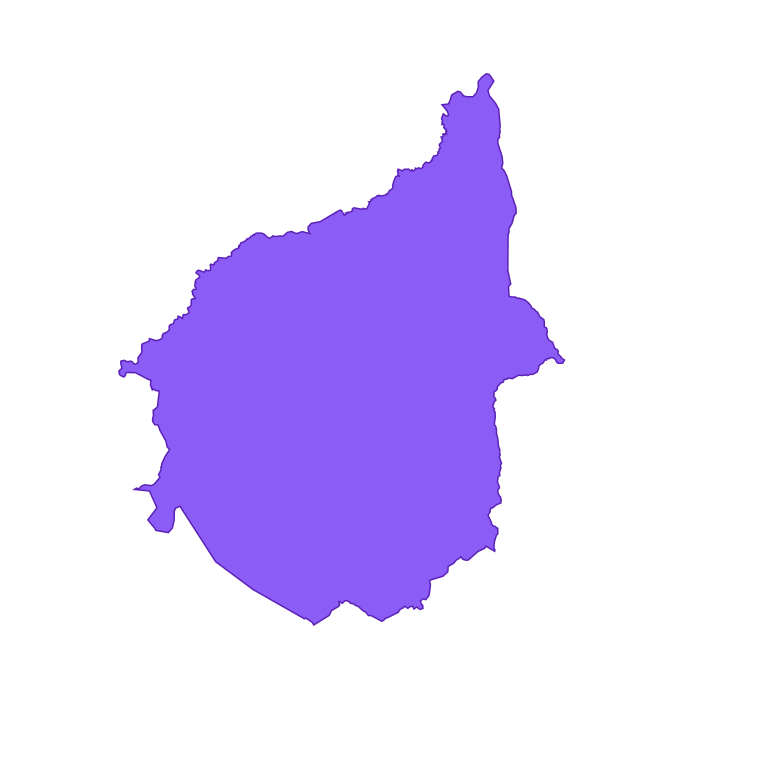 Nkoranza South, Brong Ahafo, Ghana, rotated 323°
{"feature_id": "2480657B38880944597072", "entity_name": "Nkoranza South", "entity_type": "district", "adm_level": 2, "iso_a3": "GHA", "parent_name": "Ghana", "parent_adm1": "Brong Ahafo", "projection": "natural_earth1", "projection_center": [-1.641, 7.453], "detail": "fine", "context": "isolated", "style": "filled", "palette": "violet", "viewbox_px": 768, "rotation_deg": 323, "n_neighbors": 0, "source": "geoboundaries", "source_scale": "gbopen_adm2", "svg_char_len": 6171}
<svg xmlns="http://www.w3.org/2000/svg" viewBox="0 0 768 768"><g transform="rotate(323 384 384)"><path d="M224.0,206.6L222.1,208.4L214.9,206.5L213.8,207.2L209.6,213.0L203.2,215.0L200.9,218.8L197.5,218.7L196.6,217.8L196.1,214.2L195.3,213.2L192.5,211.8L190.6,208.6L187.7,207.4L186.4,208.6L184.2,213.7L180.1,214.0L179.9,215.5L178.9,215.9L178.6,218.3L180.4,221.9L182.0,221.7L185.2,219.7L192.3,225.4L198.6,238.7L200.1,240.7L196.9,244.2L195.4,249.2L196.5,248.9L197.8,251.9L200.3,254.4L189.2,266.0L183.7,266.2L180.9,270.5L178.3,272.4L176.7,274.8L176.4,278.5L178.9,280.8L177.2,286.1L175.4,298.5L173.0,303.8L173.3,307.4L165.7,310.1L158.6,313.9L156.5,316.1L155.8,316.1L154.3,318.3L149.3,320.8L149.0,323.7L140.0,325.7L137.0,325.1L132.1,320.4L128.7,319.6L125.0,320.2L123.8,318.2L121.2,318.0L132.3,328.3L128.2,346.2L113.6,350.4L114.1,361.0L113.7,363.6L122.3,372.9L128.4,371.6L134.5,366.4L139.9,359.5L142.8,357.7L147.5,358.9L142.6,424.6L155.8,469.6L179.2,523.7L180.5,523.7L180.8,524.3L183.2,530.9L182.9,534.2L201.0,535.8L205.6,533.4L213.9,534.3L215.7,533.8L216.2,532.0L217.3,530.7L218.7,534.1L222.3,533.6L223.5,534.3L225.3,537.1L225.1,538.5L227.7,541.8L227.8,543.4L229.6,546.2L230.6,551.7L232.1,555.5L232.2,559.4L234.6,561.6L239.4,572.1L241.3,572.5L245.1,572.0L245.8,572.7L257.9,574.9L261.2,573.7L265.0,574.4L266.2,574.0L267.1,574.6L268.0,577.5L270.7,577.5L273.2,578.7L272.5,581.7L275.8,581.8L277.1,585.7L280.0,586.7L281.8,583.9L281.2,582.7L282.5,579.1L286.0,579.2L287.6,581.4L292.7,580.0L299.3,573.4L300.7,571.6L301.6,568.8L303.8,568.7L315.5,573.0L321.9,572.4L325.4,568.3L332.0,569.1L335.6,568.1L339.5,568.5L341.4,568.1L341.5,571.5L343.6,574.3L345.4,575.3L358.1,574.3L365.6,575.8L367.9,575.0L371.7,584.2L372.6,583.4L373.5,580.5L377.2,576.5L382.6,572.5L384.8,572.1L388.0,567.6L387.2,567.0L387.3,565.3L385.5,562.3L385.5,561.2L386.5,559.0L387.9,551.9L388.7,551.0L391.1,550.3L394.3,547.5L396.3,548.3L400.8,548.1L405.9,549.3L406.5,548.1L407.5,547.6L409.1,544.2L408.8,542.4L409.8,539.2L410.8,537.3L413.6,536.4L414.3,535.6L415.5,530.7L419.2,526.8L421.6,526.7L422.7,524.4L426.9,521.4L427.8,519.0L430.1,518.1L432.1,511.9L434.1,510.6L435.0,508.3L436.8,506.4L438.0,502.7L442.5,495.2L443.7,491.8L446.3,488.1L447.8,485.0L447.7,482.7L452.8,477.5L455.8,473.3L456.2,470.7L457.3,470.3L457.2,467.6L461.4,464.5L463.6,464.3L464.3,462.5L464.0,460.3L467.3,456.4L469.3,456.7L471.3,456.3L472.8,454.5L477.9,453.5L480.6,454.2L482.4,452.8L483.2,452.9L484.5,453.9L486.8,454.2L489.9,457.0L497.0,458.0L499.0,460.1L503.1,462.4L503.7,463.6L506.8,464.4L508.5,465.8L513.5,466.6L517.0,464.5L518.4,462.8L521.7,462.5L523.1,463.0L527.3,461.6L528.2,462.7L529.5,461.9L531.0,463.0L533.5,463.6L534.9,465.0L535.7,467.4L535.0,470.8L535.8,472.5L539.3,474.9L542.6,473.5L541.4,470.4L541.7,469.1L541.1,464.5L542.9,462.6L543.1,461.4L541.9,458.1L543.7,452.1L542.3,448.8L542.3,446.1L544.2,441.4L545.3,441.3L547.1,438.3L547.5,436.9L546.4,434.7L548.9,431.7L550.4,428.8L548.9,423.9L549.9,418.8L549.0,417.1L549.1,415.2L547.9,412.3L548.4,409.0L548.1,405.4L547.0,401.5L543.3,396.5L542.4,396.5L541.3,393.7L537.7,390.8L536.8,388.9L542.1,381.1L545.4,380.4L551.3,367.7L572.5,340.0L575.6,337.6L577.0,335.3L583.0,332.7L589.3,327.8L592.3,327.2L595.7,322.3L599.6,309.8L601.6,307.1L607.2,291.8L608.3,286.3L608.0,282.1L611.7,279.2L615.2,273.4L619.6,260.8L620.9,258.5L622.7,256.9L624.6,256.7L626.3,254.1L628.4,252.7L629.8,250.0L631.9,248.1L641.0,233.5L642.0,227.0L641.6,217.3L643.6,212.2L654.0,208.2L654.4,200.3L652.6,197.9L646.9,197.8L641.2,199.2L637.7,204.0L632.9,207.2L627.8,208.1L623.0,204.3L621.0,202.0L620.7,196.7L619.2,194.7L612.0,193.9L607.2,197.5L603.9,199.1L598.4,195.9L598.7,203.3L598.0,207.1L596.8,208.3L595.1,207.6L593.9,203.9L589.7,206.7L589.1,208.9L587.4,210.3L587.7,211.3L586.5,211.7L587.7,212.6L587.7,213.8L585.9,215.3L586.5,216.2L586.1,217.4L586.9,217.8L586.2,219.8L585.4,219.4L584.7,221.8L584.0,220.9L582.7,221.6L582.5,220.3L581.3,219.9L581.4,220.8L579.7,222.0L578.3,221.1L576.9,225.4L572.5,225.9L571.8,226.7L571.3,229.1L570.8,229.6L569.9,229.2L567.3,231.7L566.5,231.2L566.1,232.3L563.5,233.3L561.0,231.8L558.0,233.1L557.5,234.3L556.2,233.8L555.2,234.7L552.6,234.3L551.3,232.3L550.1,232.0L546.6,232.9L545.3,234.4L544.4,234.4L543.0,234.2L541.9,232.3L540.0,231.9L539.0,230.5L537.4,231.8L535.2,231.2L535.5,230.3L535.0,229.6L534.0,230.1L533.3,229.3L533.0,227.2L529.3,224.7L526.9,224.8L524.6,220.9L522.7,222.3L522.6,223.6L521.3,224.8L521.1,227.1L520.3,226.1L518.3,225.4L514.1,227.8L511.2,230.0L509.3,232.3L507.5,233.1L504.8,232.8L501.5,234.3L500.2,233.6L499.6,234.4L495.3,232.3L493.9,231.3L493.7,230.3L492.9,230.7L491.8,229.5L489.5,229.8L486.3,228.9L485.3,229.5L484.5,229.0L482.7,230.4L481.5,229.4L481.4,230.4L480.1,231.5L475.6,233.7L473.9,232.5L473.1,231.1L471.8,231.4L465.9,225.1L464.1,225.1L462.9,226.6L459.8,226.3L458.1,224.7L457.0,225.4L456.1,224.4L455.8,225.5L453.8,225.2L454.4,219.6L453.5,218.7L447.2,217.6L446.3,218.4L445.2,217.5L430.8,216.0L422.5,211.9L417.9,212.9L415.9,215.7L415.3,219.3L411.0,213.8L409.5,212.7L405.6,211.7L403.9,210.3L402.0,206.6L398.2,204.8L392.0,205.2L390.9,203.8L386.2,201.0L384.2,198.7L383.2,199.1L380.4,198.6L379.4,197.5L378.4,192.0L377.1,189.9L373.6,187.2L371.8,186.4L369.9,187.1L369.6,186.1L367.6,186.5L366.8,185.9L363.6,186.7L363.2,186.1L361.4,185.7L361.1,186.1L358.7,186.2L354.3,185.2L351.2,187.1L351.0,186.5L349.9,187.9L345.3,186.7L341.4,187.0L339.6,189.6L338.7,189.9L336.5,188.5L333.6,188.6L327.8,183.3L325.2,185.4L321.6,185.1L320.3,186.3L319.7,186.3L317.8,184.1L317.0,184.2L314.6,188.2L313.9,188.6L311.6,187.6L310.2,185.5L307.7,186.6L304.8,182.0L303.8,181.3L302.1,181.4L300.9,181.9L300.7,182.7L301.7,185.0L301.6,187.1L301.0,187.7L296.5,187.7L294.9,188.6L294.4,189.3L294.7,189.7L293.3,190.3L291.6,192.4L291.9,194.2L291.4,195.0L290.6,195.1L288.9,193.8L286.3,194.6L286.2,196.5L285.2,196.9L284.9,202.2L282.1,200.7L280.9,200.7L277.4,205.0L275.7,205.5L273.3,205.0L272.5,205.6L271.6,209.2L270.8,209.6L268.1,209.8L265.9,208.0L264.9,208.0L262.9,210.3L262.3,210.3L261.7,207.8L260.3,205.9L258.4,207.9L255.3,206.8L252.0,209.1L248.8,208.0L247.3,208.5L244.8,211.7L241.4,211.9L238.1,210.9L236.0,211.9L234.7,213.8L231.8,213.7L228.3,212.5L224.0,206.6Z" fill="#8b5cf6" stroke="#5b21b6" stroke-width="1.5"/></g></svg>